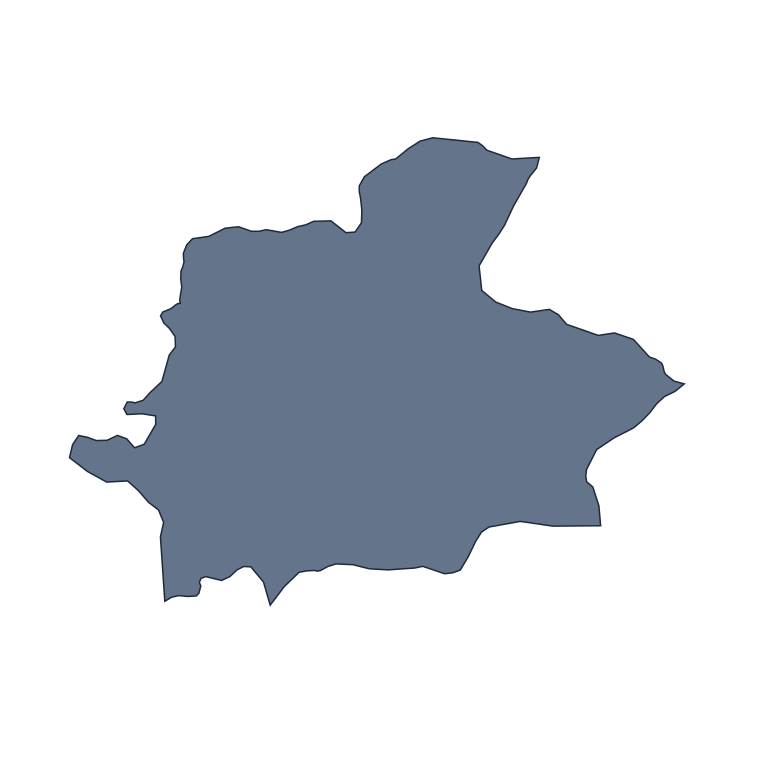 an SVG outline of Sivas, rotated 191°
{"feature_id": "TUR-2295", "entity_name": "Sivas", "entity_type": "Province", "adm_level": 1, "iso_a3": "TUR", "parent_name": "Turkey", "parent_adm1": "", "projection": "equal_earth", "projection_center": [37.51, 39.556], "detail": "fine", "context": "isolated", "style": "filled", "palette": "slate", "viewbox_px": 768, "rotation_deg": 191, "n_neighbors": 0, "source": "natural_earth", "source_scale": "10m", "svg_char_len": 2136}
<svg xmlns="http://www.w3.org/2000/svg" viewBox="0 0 768 768"><g transform="rotate(191 384 384)"><path d="M522.3,160.9L526.6,158.2L527.4,153.8L525.3,150.9L525.8,143.2L527.9,140.1L536.0,138.0L545.2,137.1L551.9,134.1L557.7,128.9L574.3,191.3L573.9,206.1L581.3,217.3L592.5,222.9L604.8,232.5L617.2,239.9L637.6,234.8L658.5,241.6L678.7,251.7L678.1,265.1L673.9,275.2L664.8,275.1L655.6,273.6L645.1,275.9L635.8,282.7L626.1,281.1L616.7,273.8L607.9,279.1L600.4,300.8L602.1,309.1L615.9,308.6L630.5,305.0L634.7,310.1L632.6,317.3L628.8,318.1L624.7,318.0L617.3,322.1L612.1,330.8L602.5,344.1L600.3,371.6L595.8,380.6L598.1,390.7L605.2,397.6L611.8,401.9L616.4,408.3L614.8,412.5L607.7,417.2L605.6,419.4L603.8,421.7L601.9,423.5L599.4,424.3L600.5,427.1L600.8,431.6L601.0,440.6L603.5,448.0L604.8,456.0L603.9,460.6L603.6,465.6L604.9,469.7L605.9,474.0L604.2,482.9L599.7,490.1L584.1,495.5L569.7,506.6L556.8,510.6L543.2,508.6L536.0,510.0L529.1,513.0L513.4,513.3L506.0,517.1L498.8,522.0L491.2,525.3L484.1,530.3L467.2,534.0L450.2,525.3L441.4,527.6L436.9,537.9L438.9,550.4L442.6,562.3L444.9,567.8L446.1,573.7L442.8,583.7L428.5,599.6L419.9,605.5L415.4,607.2L405.1,619.6L394.9,629.3L383.1,635.0L337.8,639.1L332.5,636.6L327.5,633.1L301.4,629.3L274.8,636.1L275.4,625.2L280.2,616.2L281.7,612.3L282.5,607.9L290.7,583.8L296.0,562.8L300.0,552.7L304.6,543.2L313.2,518.1L305.9,494.5L290.0,485.8L272.7,482.5L254.0,482.5L235.9,488.8L225.9,485.2L216.1,477.4L182.9,472.6L167.5,478.1L147.7,475.4L128.7,461.2L122.1,460.2L115.6,457.5L113.9,455.3L111.4,449.7L109.6,447.3L99.9,442.2L89.3,441.4L97.0,432.2L106.2,425.3L112.5,416.8L117.5,406.7L123.7,397.1L130.7,388.5L148.1,374.8L162.8,360.1L168.9,338.6L168.4,332.3L166.4,326.7L159.4,322.8L149.8,305.4L144.3,286.2L191.1,276.7L224.1,275.1L253.7,263.6L260.1,257.1L264.0,247.0L268.2,231.1L273.6,215.9L280.7,211.7L288.4,209.3L311.2,212.4L318.5,209.3L344.6,202.3L363.2,199.8L380.1,200.7L396.8,198.2L404.2,194.2L411.0,188.6L413.8,187.6L416.8,187.7L424.2,185.8L431.4,183.0L443.3,166.0L453.5,145.2L464.5,166.6L479.8,179.1L486.8,178.1L492.7,173.6L498.6,165.5L505.9,160.2L522.3,160.9Z" fill="#64748b" stroke="#1e293b" stroke-width="1.5"/></g></svg>